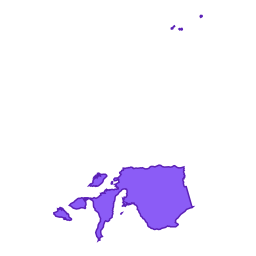 outline of Seram Bagian Barat, Maluku, Indonesia
{"feature_id": "22746128B92585048181027", "entity_name": "Seram Bagian Barat", "entity_type": "district", "adm_level": 2, "iso_a3": "IDN", "parent_name": "Indonesia", "parent_adm1": "Maluku", "projection": "orthographic", "projection_center": [128.082, -2.474], "detail": "fine", "context": "isolated", "style": "filled", "palette": "violet", "viewbox_px": 256, "rotation_deg": 0, "n_neighbors": 0, "source": "geoboundaries", "source_scale": "gbopen_adm2", "svg_char_len": 5942}
<svg xmlns="http://www.w3.org/2000/svg" viewBox="0 0 256 256"><path d="M183.9,166.9L180.9,167.8L178.8,167.9L177.1,167.4L174.7,165.7L173.7,165.8L172.2,166.8L170.3,167.2L168.9,166.8L164.4,167.1L162.3,166.6L160.8,165.4L159.0,165.1L154.9,166.9L153.0,166.4L151.1,166.4L149.9,167.1L149.1,168.1L147.4,168.8L145.1,168.9L142.4,167.7L141.6,168.0L140.9,167.8L137.6,168.3L136.0,168.0L133.8,168.6L132.9,168.2L132.8,167.6L130.9,167.1L129.5,167.7L128.2,167.6L127.9,168.0L126.2,168.0L125.6,168.4L123.2,168.1L123.1,168.9L123.6,169.6L123.4,170.1L121.8,170.4L121.3,171.5L119.7,172.4L119.9,173.5L121.1,174.2L120.3,175.6L118.0,177.9L114.8,178.1L113.8,179.3L114.0,180.1L114.7,180.8L116.6,180.4L118.2,179.1L118.7,179.5L118.5,180.6L119.1,182.2L115.4,184.3L116.1,184.8L116.2,185.6L115.8,185.4L115.6,185.8L115.9,185.7L115.9,186.5L117.0,187.7L117.6,187.2L117.8,187.9L118.3,188.0L118.2,188.9L117.3,189.0L116.7,189.4L115.1,189.1L114.1,189.8L112.1,189.4L110.4,189.7L109.8,190.2L109.2,189.7L108.7,190.1L107.0,189.6L106.7,189.8L107.1,190.3L106.6,190.8L106.2,190.3L107.0,190.3L106.6,190.1L106.4,189.4L105.0,190.5L104.7,191.5L104.1,192.0L104.1,193.0L104.8,192.9L105.0,193.2L103.7,193.2L103.6,192.9L103.1,193.2L102.6,192.8L102.1,193.3L101.5,193.1L101.0,193.9L100.6,193.7L100.8,195.3L99.7,195.7L98.9,196.7L97.5,197.6L96.0,198.4L94.1,197.6L92.8,198.4L91.7,198.5L90.7,198.1L89.8,198.3L90.1,199.2L92.5,200.5L93.3,201.7L93.5,206.2L93.8,207.3L95.0,208.7L95.0,210.1L98.0,212.4L98.6,213.3L99.6,216.6L100.6,218.4L100.3,220.4L100.5,221.3L99.3,222.8L98.2,224.9L97.8,227.9L96.6,229.9L95.7,232.6L96.8,236.4L98.2,238.1L98.6,239.8L98.3,240.6L98.7,240.3L99.9,240.1L99.7,238.9L99.9,238.1L100.9,237.0L102.4,236.5L101.1,234.7L100.7,232.2L100.8,230.3L101.7,229.5L103.4,227.0L103.6,224.8L104.8,221.7L105.6,220.8L107.1,221.5L108.1,221.4L109.5,220.3L109.6,219.1L112.1,217.3L112.1,215.8L112.9,213.6L112.5,212.6L113.0,211.3L112.4,210.4L113.0,209.0L112.7,208.4L113.4,207.2L113.6,204.5L113.4,203.7L113.8,203.3L113.8,202.0L114.4,201.4L114.9,199.5L115.1,197.1L115.8,195.6L117.8,194.4L119.2,192.2L121.3,190.6L121.7,189.8L123.0,189.1L125.3,188.8L125.8,189.3L126.5,189.2L127.0,190.4L127.1,192.8L126.5,193.7L127.2,195.1L126.5,196.1L126.5,196.7L125.5,197.5L124.2,197.0L124.1,196.6L124.1,197.7L123.8,198.2L124.2,199.0L123.6,199.3L122.8,198.6L123.0,199.6L123.4,200.1L123.4,200.9L122.7,201.5L123.7,201.0L124.0,201.4L122.9,202.7L124.1,203.4L124.0,204.0L124.8,205.5L125.5,206.1L126.0,204.9L126.4,205.0L126.7,204.4L127.3,204.6L126.2,202.6L126.9,202.8L127.5,203.7L128.1,203.7L129.2,204.6L129.5,204.4L129.3,203.8L129.5,203.7L130.1,204.3L130.7,204.3L131.4,203.7L131.3,203.2L132.5,202.5L131.9,203.3L132.0,203.5L133.0,203.5L133.8,203.0L134.2,203.2L134.3,204.4L136.4,205.4L136.9,206.2L137.5,207.5L137.3,209.5L138.5,210.3L139.1,212.4L140.2,213.9L140.7,216.0L142.3,217.3L142.9,218.5L144.3,219.2L145.4,220.8L145.6,221.6L147.1,222.8L148.0,226.1L148.9,226.9L150.0,227.3L151.2,228.4L152.8,228.6L153.8,229.3L154.8,229.5L156.9,228.9L158.4,229.5L160.1,229.3L161.8,228.3L165.5,227.4L167.6,226.0L168.6,226.4L169.7,226.3L170.4,226.8L175.7,226.8L178.1,224.8L178.2,224.3L175.3,222.4L175.7,221.2L175.5,220.5L175.9,219.7L177.1,218.4L177.6,218.3L180.7,214.4L185.0,211.3L186.5,209.4L190.4,207.9L192.1,207.6L193.0,206.8L192.2,206.9L191.7,206.0L186.2,186.6L184.4,186.7L183.8,185.5L183.3,182.9L183.7,182.2L182.8,180.3L183.0,178.9L182.7,178.3L183.5,178.9L183.9,178.8L183.9,177.8L184.2,177.9L184.7,177.1L184.4,176.7L184.9,175.9L184.0,174.5L184.4,174.1L183.6,172.4L183.6,171.0L184.2,170.3L183.6,169.7L184.1,168.4L183.8,168.1L183.9,166.9ZM81.9,197.7L79.8,198.5L79.1,198.2L77.8,198.6L74.7,201.1L73.9,202.1L70.9,203.6L69.3,205.4L71.1,206.2L73.2,208.1L76.4,209.0L79.3,208.5L80.9,207.7L83.3,207.8L85.0,208.5L85.4,208.2L85.5,207.6L85.1,206.4L86.0,204.8L85.8,202.5L84.9,201.1L85.7,201.1L85.8,200.8L83.8,199.7L83.1,198.3L81.9,197.7ZM98.8,173.1L97.5,173.4L97.5,173.9L98.1,174.1L98.7,173.9L100.1,174.8L100.4,176.1L98.7,175.4L97.7,177.0L96.9,177.1L96.9,177.5L96.6,177.2L96.7,177.6L95.6,178.0L93.9,178.2L94.1,179.0L93.3,179.8L92.9,181.5L93.0,182.6L91.3,184.0L90.5,183.9L88.9,185.7L90.0,185.5L90.6,186.1L91.3,185.8L92.4,186.3L93.6,185.7L94.0,186.1L95.5,185.9L95.3,186.2L95.5,186.4L97.7,186.1L98.6,185.7L101.9,183.0L102.9,181.7L103.5,179.4L106.8,176.2L106.7,175.4L105.5,174.3L103.5,174.2L101.5,174.5L100.0,174.0L98.8,173.1ZM62.6,208.5L61.8,208.7L61.7,209.4L61.2,209.3L61.2,209.6L60.3,208.9L58.4,209.6L57.4,208.9L57.9,209.9L57.8,211.0L56.4,211.9L53.8,212.8L53.9,213.8L54.1,213.7L55.8,216.2L59.3,217.1L61.7,217.1L63.7,217.9L65.4,218.0L66.0,219.2L67.1,220.1L68.6,220.0L69.6,220.4L71.2,219.9L71.5,219.4L71.4,218.8L69.1,217.1L68.7,216.1L68.7,214.9L67.9,213.7L67.6,213.5L66.9,213.8L65.8,212.0L65.0,211.6L64.5,210.7L63.6,210.4L63.0,209.5L63.5,209.6L63.4,209.4L62.4,209.7L62.1,209.4L62.9,208.9L62.6,208.5ZM98.7,174.7L98.1,174.2L98.1,174.6L96.0,175.2L94.0,177.1L93.6,177.9L95.1,177.8L95.9,177.1L97.2,176.9L97.4,176.4L98.4,175.7L98.7,174.7ZM88.0,197.8L84.4,197.8L83.4,198.1L83.9,199.2L84.6,198.9L85.8,199.1L86.5,199.9L87.2,199.5L86.3,198.3L87.5,198.3L87.7,199.1L89.5,198.2L88.0,197.8ZM201.9,15.5L200.7,15.4L200.3,15.9L200.2,16.7L200.8,17.4L202.1,16.5L202.2,16.0L201.9,15.5ZM181.7,30.0L182.3,29.6L182.2,28.8L182.0,28.4L181.2,28.4L180.8,29.0L180.9,29.7L181.7,30.0ZM112.6,181.7L112.1,181.6L111.6,182.1L111.2,183.8L111.7,184.1L112.2,183.9L112.6,181.7ZM171.9,29.1L172.9,28.6L172.8,27.8L172.1,27.7L171.3,28.1L171.3,28.9L171.9,29.1ZM60.1,207.5L59.4,208.3L61.1,208.6L61.3,209.1L61.6,208.0L60.1,207.5ZM124.2,205.9L123.9,204.3L122.4,206.0L122.7,206.2L123.4,205.7L124.2,205.9ZM180.1,29.4L179.5,28.6L178.9,29.0L179.7,29.8L180.1,29.4ZM173.6,27.0L174.6,26.5L174.4,25.9L173.5,26.4L173.3,26.8L173.6,27.0ZM120.7,214.5L122.0,212.8L121.7,212.9L121.3,213.3L120.8,213.9L120.7,214.5ZM64.2,218.7L63.9,218.8L64.0,219.3L64.6,219.3L64.2,218.7ZM59.0,208.8L58.0,208.7L58.3,209.1L59.0,208.8ZM114.6,184.5L114.0,184.4L113.7,184.6L114.6,184.5Z" fill="#8b5cf6" stroke="#5b21b6" stroke-width="1.5"/></svg>